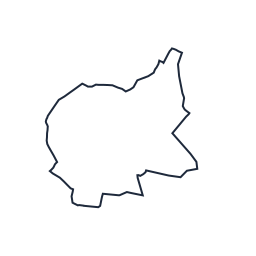 Ezeagu, Enugu, Nigeria (orthographic projection), rotated 111°
{"feature_id": "59680162B4656907626813", "entity_name": "Ezeagu", "entity_type": "district", "adm_level": 2, "iso_a3": "NGA", "parent_name": "Nigeria", "parent_adm1": "Enugu", "projection": "orthographic", "projection_center": [7.222, 6.418], "detail": "fine", "context": "isolated", "style": "outline", "palette": "slate", "viewbox_px": 256, "rotation_deg": 111, "n_neighbors": 0, "source": "geoboundaries", "source_scale": "gbopen_adm2", "svg_char_len": 1527}
<svg xmlns="http://www.w3.org/2000/svg" viewBox="0 0 256 256"><g transform="rotate(111 128 128)"><path d="M168.9,199.4L171.9,197.6L174.1,195.2L176.5,192.3L180.3,187.6L185.2,182.0L186.8,182.7L188.1,183.2L189.8,183.3L191.8,183.5L194.7,184.7L196.2,185.5L197.4,181.9L198.8,173.8L200.9,168.7L202.7,164.8L204.9,159.9L204.9,157.3L207.3,156.8L212.0,156.2L217.6,153.0L217.8,151.2L218.2,147.1L217.8,146.6L217.4,145.8L216.4,141.6L216.5,141.5L212.6,127.4L210.7,126.1L201.7,127.6L198.4,127.9L194.2,112.8L193.8,111.8L188.2,106.1L187.5,101.4L185.6,90.1L171.1,101.1L168.7,102.3L168.2,101.2L168.3,99.4L165.6,97.2L163.0,95.8L161.1,95.9L157.8,73.0L155.1,61.3L146.8,57.7L141.3,48.7L135.1,52.0L129.8,60.3L117.0,84.7L96.6,77.8L94.9,77.0L93.4,76.3L92.1,76.0L91.1,79.6L90.4,81.7L89.3,83.1L87.9,84.7L80.1,86.3L78.9,87.1L76.1,89.6L61.4,98.8L50.5,104.2L38.4,104.6L38.3,108.2L37.8,111.3L37.8,113.7L38.0,115.5L39.4,115.8L41.3,116.6L44.1,117.0L54.5,118.2L54.0,119.5L54.1,121.3L53.9,122.9L57.5,122.5L61.5,123.1L62.8,123.6L64.5,123.8L67.1,123.8L72.4,127.7L79.4,135.6L80.2,136.4L88.0,137.5L91.2,139.7L94.7,143.2L93.6,147.5L93.9,151.8L93.7,157.8L95.0,161.9L96.5,166.3L98.2,170.7L99.0,173.5L102.3,176.5L103.7,180.3L103.4,182.2L103.0,186.4L103.0,186.6L105.6,188.3L111.3,192.0L116.1,195.2L121.3,198.6L126.5,202.7L133.5,204.4L145.4,207.2L147.7,207.1L148.8,207.3L150.3,207.2L151.5,207.0L152.5,206.3L154.4,204.2L155.4,203.4L155.5,203.4L156.5,203.1L158.4,202.5L158.7,202.4L161.8,201.7L165.8,200.3L168.9,199.4Z" fill="none" stroke="#1e293b" stroke-width="2"/></g></svg>